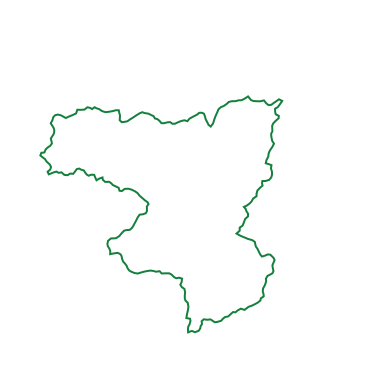 Pará de Minas, Minas Gerais, Brazil, rotated 244°
{"feature_id": "56859067B11787427214632", "entity_name": "Pará de Minas", "entity_type": "district", "adm_level": 2, "iso_a3": "BRA", "parent_name": "Brazil", "parent_adm1": "Minas Gerais", "projection": "natural_earth1", "projection_center": [-44.604, -19.846], "detail": "fine", "context": "isolated", "style": "outline", "palette": "green", "viewbox_px": 384, "rotation_deg": 244, "n_neighbors": 0, "source": "geoboundaries", "source_scale": "gbopen_adm2", "svg_char_len": 4235}
<svg xmlns="http://www.w3.org/2000/svg" viewBox="0 0 384 384"><g transform="rotate(244 192 192)"><path d="M66.8,210.7L69.1,211.6L71.3,211.9L74.1,213.5L76.4,216.8L79.2,219.5L81.7,220.4L83.5,223.1L83.5,226.0L83.7,228.7L85.3,230.6L87.9,231.2L90.8,232.1L92.8,234.3L94.6,236.4L97.0,236.4L99.4,235.6L101.4,234.9L102.7,232.6L102.8,229.6L103.3,226.6L105.6,226.0L108.0,225.9L111.7,226.0L115.1,225.5L117.4,226.0L119.5,226.6L122.2,225.2L123.8,223.4L125.4,221.6L127.2,220.1L129.5,218.0L132.0,215.9L135.1,213.8L136.3,217.9L139.1,219.3L139.6,222.8L142.3,225.7L144.5,228.0L145.5,231.6L147.9,232.9L150.8,232.5L153.4,232.8L155.8,232.1L155.8,235.6L156.5,239.1L157.4,241.4L159.3,244.1L159.9,248.1L162.3,249.4L164.7,251.5L166.0,255.1L166.8,258.2L169.2,258.8L171.0,260.0L169.6,263.1L169.1,266.9L170.4,269.7L172.6,271.6L175.3,272.8L178.6,273.3L181.3,275.2L183.6,273.0L185.5,270.9L188.0,272.9L190.5,276.2L192.7,277.5L194.5,279.3L195.9,281.5L197.4,284.1L199.5,286.9L202.6,286.5L204.9,287.0L207.7,287.8L209.8,288.8L211.2,290.8L213.9,292.0L216.4,293.1L218.0,295.0L219.3,298.5L220.3,302.2L222.4,303.4L225.1,301.3L227.7,301.9L230.5,303.2L230.6,306.1L232.2,309.3L234.3,313.0L237.2,310.8L236.7,308.1L236.2,304.4L235.6,301.6L236.6,298.8L239.3,297.6L242.8,296.8L243.6,293.1L245.1,290.2L246.7,287.3L248.6,285.4L251.0,284.8L253.3,284.3L252.8,280.1L252.8,276.7L254.0,274.0L254.6,270.7L256.1,267.8L256.8,264.5L256.0,262.0L255.4,258.5L255.6,255.0L254.6,251.9L252.4,249.5L250.4,247.0L248.2,244.6L244.4,241.0L242.6,237.5L245.1,236.3L247.9,236.3L251.5,236.2L254.8,236.9L257.3,237.0L259.0,235.5L260.0,233.1L259.3,230.6L259.3,227.8L259.2,224.8L259.0,221.9L257.7,218.9L259.8,216.6L260.6,213.1L260.8,209.6L260.8,206.7L261.9,204.3L264.3,203.1L265.4,200.5L266.1,196.9L267.3,194.7L270.1,194.0L272.6,192.9L274.4,190.9L277.1,190.7L279.0,189.1L281.5,187.2L283.6,184.2L285.5,182.3L285.7,179.5L285.3,175.6L284.7,171.3L284.4,168.0L283.9,164.9L284.5,162.5L285.5,159.5L288.2,158.5L290.5,159.8L292.5,160.9L295.0,161.3L297.6,162.0L298.9,159.2L299.6,155.7L300.5,152.6L301.7,149.2L304.3,146.5L307.0,145.0L309.1,142.9L310.9,141.6L310.3,138.6L312.3,137.3L314.0,135.1L313.2,131.5L314.5,128.3L316.2,125.0L313.4,122.3L313.5,118.3L313.8,114.1L313.8,111.0L316.0,109.5L318.4,107.8L320.4,105.4L321.0,102.6L320.0,100.0L317.8,98.1L315.6,95.1L313.0,95.5L310.1,95.7L308.1,95.4L306.1,94.3L304.5,92.8L303.3,90.7L301.9,88.5L299.3,88.0L297.0,87.3L295.7,85.0L295.3,81.9L294.4,79.1L292.2,76.6L293.3,73.8L291.3,71.7L289.0,72.8L286.0,74.3L282.9,74.7L279.2,76.2L276.3,76.3L274.3,74.4L273.5,71.1L270.7,71.0L270.4,74.1L270.2,76.8L269.7,79.2L267.7,80.5L266.9,83.3L263.3,84.8L261.6,87.7L262.0,90.5L260.4,93.2L261.8,96.1L263.1,98.5L262.5,100.9L260.5,102.3L258.7,104.3L256.3,104.5L253.9,105.0L251.9,106.3L251.7,109.1L250.3,111.6L247.3,111.4L244.4,111.3L244.7,114.8L244.3,117.9L242.1,117.2L239.1,118.4L237.5,122.0L235.3,123.2L233.0,123.9L230.6,125.8L228.0,127.9L224.9,127.4L223.6,129.4L224.3,132.9L222.8,136.3L220.6,138.7L217.6,141.1L214.6,142.7L211.8,143.2L208.8,144.5L204.8,146.2L202.3,147.6L200.2,147.6L198.8,145.1L196.9,144.2L194.7,143.2L193.2,141.3L193.4,138.4L194.6,135.1L193.2,132.4L190.7,129.1L188.4,125.9L186.9,123.9L185.8,121.7L185.3,119.3L186.4,116.7L187.0,114.0L185.8,110.7L184.2,107.2L183.8,103.3L185.8,98.7L184.9,95.1L182.4,93.2L180.2,92.6L177.5,92.9L174.6,92.6L172.0,91.2L171.1,94.7L169.9,98.6L167.4,100.4L165.3,100.6L162.7,99.9L159.7,99.6L157.0,100.4L154.4,100.9L151.6,100.7L148.8,101.2L146.6,102.8L144.4,104.8L142.5,107.5L141.8,111.9L141.2,114.8L140.5,117.5L139.6,120.2L138.3,122.2L136.1,124.8L135.0,128.2L132.1,129.0L130.4,132.8L128.9,135.9L126.4,137.6L123.5,138.5L121.4,140.0L120.6,142.9L118.5,145.1L115.6,143.2L113.8,140.9L111.1,141.1L108.2,142.7L104.9,141.9L102.6,140.4L99.8,139.0L97.3,138.5L94.3,139.6L90.2,138.4L86.9,136.0L84.3,133.9L81.2,131.7L78.9,134.7L76.8,134.1L74.3,132.0L72.6,129.6L70.4,128.2L67.6,127.0L67.2,131.0L64.7,133.2L64.3,137.0L65.7,139.5L67.7,141.0L68.9,143.1L71.6,144.0L72.4,146.8L70.4,149.9L69.4,152.8L67.0,154.2L64.9,155.4L64.0,158.4L63.5,161.9L64.5,164.1L65.1,166.8L64.3,170.1L65.4,173.7L66.1,176.2L64.8,178.3L65.5,180.8L65.7,184.8L63.0,187.6L64.0,192.4L63.6,195.8L63.6,198.8L63.7,202.3L64.5,205.9L66.2,207.2L66.8,210.7Z" fill="none" stroke="#15803d" stroke-width="2"/></g></svg>